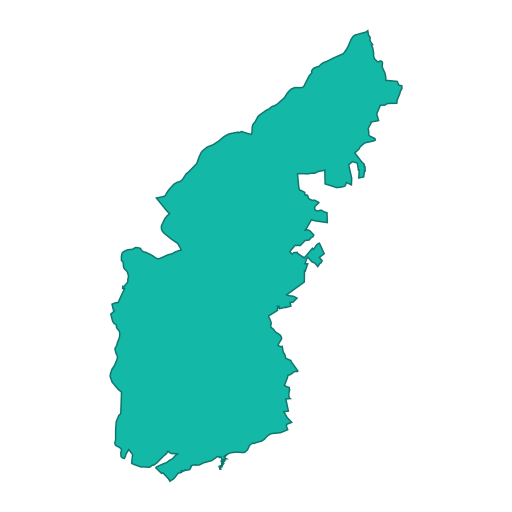 outline of San Juan De Betulia, Sucre, Colombia
{"feature_id": "7082276B36673753762663", "entity_name": "San Juan De Betulia", "entity_type": "district", "adm_level": 2, "iso_a3": "COL", "parent_name": "Colombia", "parent_adm1": "Sucre", "projection": "albers", "projection_center": [-75.202, 9.3], "detail": "fine", "context": "isolated", "style": "filled", "palette": "teal", "viewbox_px": 512, "rotation_deg": 0, "n_neighbors": 0, "source": "geoboundaries", "source_scale": "gbopen_adm2", "svg_char_len": 6077}
<svg xmlns="http://www.w3.org/2000/svg" viewBox="0 0 512 512"><path d="M253.3,443.0L254.0,443.5L256.7,442.4L261.7,441.1L264.2,439.4L267.9,435.5L270.9,433.8L272.2,433.5L280.5,432.7L287.7,429.7L286.7,427.1L286.4,424.5L291.7,422.3L287.1,417.5L283.8,411.7L288.4,411.1L285.8,399.0L290.1,398.6L289.3,398.0L288.8,395.5L289.0,392.4L289.7,389.5L289.1,388.8L289.3,387.5L286.2,386.5L285.1,385.7L284.4,385.6L287.2,378.3L288.1,375.1L289.3,375.0L290.7,374.4L294.1,371.8L295.3,371.5L297.2,371.6L297.9,371.0L291.6,362.2L290.8,360.5L285.8,358.3L284.8,354.5L283.7,352.8L283.4,352.8L282.2,346.4L281.5,346.9L278.1,345.5L278.5,344.0L281.6,338.8L281.4,337.3L280.5,335.5L279.7,334.7L275.3,331.8L273.6,329.4L270.9,327.2L270.7,325.6L271.2,323.9L271.1,322.5L269.9,319.1L268.7,316.9L268.7,315.9L277.5,310.4L277.0,309.2L278.0,308.3L277.3,306.3L279.0,306.3L279.5,308.7L285.7,307.2L285.8,307.5L290.9,306.1L290.0,302.5L292.9,302.3L297.0,298.1L293.5,296.3L287.6,295.4L286.6,294.8L304.3,282.0L304.5,270.8L305.2,271.1L307.7,263.8L305.0,263.7L306.5,259.2L307.9,257.3L311.8,261.7L314.9,263.1L317.8,266.6L320.1,263.1L320.9,263.0L322.2,260.8L319.3,257.5L324.2,253.7L319.4,243.2L318.2,243.6L316.7,244.8L313.6,249.3L313.0,249.2L312.4,248.3L304.6,257.6L304.1,257.3L303.9,257.7L297.5,253.3L297.3,252.4L293.8,252.6L292.2,254.1L289.7,251.7L295.0,245.4L300.3,245.5L305.1,240.5L309.2,240.0L311.3,237.5L312.9,236.8L313.8,235.0L309.9,230.8L307.7,229.8L305.2,230.2L306.5,228.4L311.4,219.8L314.4,220.7L327.3,222.6L327.0,212.7L323.9,211.8L321.7,210.3L320.4,210.2L317.3,211.1L314.8,209.7L314.6,207.7L315.4,206.0L318.9,202.7L318.4,202.1L314.4,200.1L312.6,200.4L309.7,199.3L308.3,197.9L308.0,196.5L307.3,195.3L306.8,194.9L305.4,195.1L305.0,194.9L304.7,194.3L304.9,192.8L304.7,192.4L301.5,190.6L299.7,190.2L298.8,187.5L297.5,173.8L301.9,173.6L308.0,173.9L310.5,173.3L314.9,173.2L318.2,171.5L323.3,170.6L324.8,170.0L325.1,183.9L336.7,187.6L340.2,187.3L344.5,186.3L345.1,185.8L346.6,182.5L351.4,184.9L351.7,178.3L348.7,164.7L352.5,161.6L357.3,163.1L358.4,170.1L359.2,170.2L358.8,178.0L363.7,176.9L364.5,170.8L365.2,170.9L365.0,166.8L364.4,166.8L364.3,164.5L361.6,161.8L354.8,152.9L358.9,149.2L360.2,146.8L364.2,143.3L365.6,142.7L373.4,141.0L375.3,140.1L374.9,138.5L369.7,136.0L369.0,135.3L368.8,134.7L368.7,131.1L368.2,128.8L368.6,127.5L370.9,123.6L371.1,122.0L378.6,120.6L376.7,113.9L380.4,105.2L384.7,105.2L387.1,103.7L389.3,103.4L396.8,103.3L397.2,99.9L399.8,93.7L400.3,91.4L401.9,88.6L401.9,85.9L398.7,84.9L397.2,81.4L385.8,80.3L385.8,77.5L385.3,74.6L384.7,72.5L382.1,66.8L382.5,62.9L382.3,62.0L381.2,61.1L380.1,60.9L378.6,61.9L377.3,61.5L374.8,59.2L374.2,58.0L373.5,55.6L373.7,53.4L372.8,48.2L371.4,45.0L372.6,44.6L370.3,41.4L370.0,39.8L370.1,37.2L368.4,34.9L367.8,30.7L365.8,32.1L355.4,34.9L353.5,36.0L351.1,39.3L348.2,46.3L346.5,49.3L343.4,53.6L333.7,57.9L326.2,61.7L323.9,62.4L321.6,63.8L319.0,66.3L314.6,67.7L313.4,68.5L311.8,70.5L311.6,71.3L311.9,72.7L309.1,75.9L303.6,86.8L301.5,87.6L294.7,87.6L291.3,89.0L289.4,90.7L287.3,93.1L284.5,97.6L277.1,104.3L274.3,105.8L272.0,106.5L269.3,108.8L266.2,110.3L258.8,115.6L258.1,116.3L255.0,122.0L253.2,124.0L252.7,125.3L252.2,127.0L252.0,132.1L251.3,134.5L245.7,132.9L241.7,131.5L238.7,132.8L238.2,132.1L229.9,133.7L228.1,134.3L223.9,136.7L218.9,140.9L213.2,144.7L207.3,147.0L202.8,150.6L201.3,152.3L199.3,156.5L196.6,163.8L188.1,172.4L186.2,173.8L182.6,179.4L181.4,180.6L180.0,181.5L177.1,182.3L173.8,184.3L168.5,190.2L166.2,193.8L165.7,195.0L164.8,196.0L162.2,196.9L156.4,198.0L165.3,209.1L168.1,212.3L169.6,213.6L167.0,215.9L164.9,218.6L161.8,225.0L161.4,225.9L161.4,228.9L162.5,231.4L164.0,233.1L170.8,238.7L177.6,243.4L180.0,247.3L181.2,250.2L178.9,250.6L175.1,252.0L172.3,253.7L167.7,254.9L159.6,258.6L157.0,258.6L155.7,258.0L152.3,255.5L150.4,254.5L145.8,252.3L143.5,251.9L141.0,249.9L140.6,248.4L137.3,247.6L135.5,247.5L132.5,249.3L128.0,249.7L124.9,250.9L122.6,252.4L121.7,254.5L121.4,256.8L121.4,260.4L122.8,261.9L123.2,262.9L123.5,266.6L124.1,268.5L127.1,271.5L128.4,275.4L128.4,277.1L127.8,279.4L127.8,281.5L127.3,282.7L124.0,286.5L122.8,286.3L122.6,288.5L124.6,288.5L118.1,302.5L115.2,302.9L112.0,304.2L113.4,310.0L114.4,310.9L110.8,314.1L112.3,320.1L112.9,321.8L114.1,323.5L115.8,324.4L116.4,325.4L116.5,327.3L117.0,328.3L119.3,331.2L119.8,333.8L119.5,336.9L118.9,339.1L117.7,341.7L116.6,345.8L115.1,348.2L114.9,349.1L116.1,353.6L117.5,356.3L117.1,359.3L114.5,365.4L111.9,369.4L110.5,373.5L110.1,376.3L112.1,382.1L118.5,389.7L121.2,391.8L121.5,392.7L120.8,412.8L120.6,413.9L119.0,415.2L116.8,420.2L116.2,422.1L115.6,431.0L115.6,439.8L115.2,441.9L114.8,442.7L115.1,444.4L115.8,445.5L119.6,447.5L121.1,448.9L121.5,450.4L120.8,452.5L121.0,456.3L121.4,457.0L122.4,457.9L124.2,458.5L125.4,456.5L125.8,454.5L128.7,449.5L132.6,454.5L131.6,463.2L133.3,464.2L141.0,467.0L144.1,466.9L149.0,467.3L150.3,466.9L152.1,465.2L153.6,465.2L156.5,463.2L164.2,455.4L166.2,454.0L168.0,451.1L169.5,452.6L171.7,453.6L177.6,453.7L177.9,453.9L177.6,454.1L175.6,455.3L172.6,458.7L169.6,460.3L166.5,462.7L162.8,464.0L157.6,466.4L156.6,466.9L155.8,467.8L161.5,473.4L163.1,472.9L168.5,478.9L170.0,481.3L171.2,480.2L172.3,479.8L174.2,478.3L178.0,473.3L181.5,472.4L181.0,471.6L181.4,470.7L182.4,471.2L183.3,470.7L183.6,471.1L184.7,470.6L184.8,470.1L185.5,470.0L185.5,470.3L189.0,469.8L190.1,469.1L191.3,466.4L191.0,466.1L192.0,465.4L193.6,464.9L194.6,465.0L194.6,464.8L195.8,465.3L197.2,464.9L198.4,465.1L200.1,464.6L203.4,462.9L211.8,460.6L217.4,456.6L219.5,456.7L219.5,457.5L221.2,457.2L221.8,459.3L221.7,460.2L221.2,460.6L221.4,461.9L222.0,461.8L221.6,464.6L222.0,464.7L221.5,465.5L219.0,466.4L219.4,467.3L220.2,467.1L220.3,467.4L220.5,468.4L219.8,468.6L219.9,469.2L220.8,469.1L220.6,468.5L221.1,466.5L222.0,466.7L222.4,465.3L223.8,463.3L223.0,463.0L223.5,460.9L224.6,461.2L224.8,460.7L224.3,460.6L224.8,460.0L223.7,459.4L225.0,458.9L226.5,458.8L225.3,458.1L224.5,457.0L226.0,455.6L225.5,455.6L224.9,456.5L224.2,456.3L225.0,455.6L227.9,453.9L231.1,452.7L236.2,452.1L243.6,452.6L245.3,451.9L247.5,449.8L249.5,445.5L251.3,443.9L253.3,443.0Z" fill="#14b8a6" stroke="#0f766e" stroke-width="1.5"/></svg>